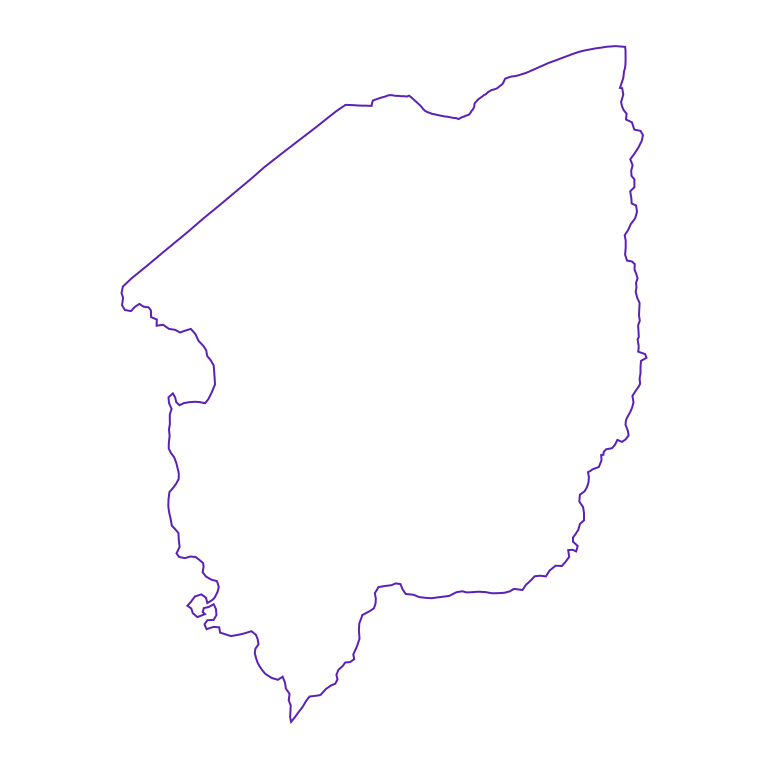 outline of Marakwet East, Rift Valley, Kenya
{"feature_id": "3690345B26983318491135", "entity_name": "Marakwet East", "entity_type": "district", "adm_level": 2, "iso_a3": "KEN", "parent_name": "Kenya", "parent_adm1": "Rift Valley", "projection": "orthographic", "projection_center": [35.578, 1.135], "detail": "fine", "context": "isolated", "style": "outline", "palette": "violet", "viewbox_px": 768, "rotation_deg": 0, "n_neighbors": 0, "source": "geoboundaries", "source_scale": "gbopen_adm2", "svg_char_len": 5738}
<svg xmlns="http://www.w3.org/2000/svg" viewBox="0 0 768 768"><path d="M522.5,590.0L525.8,585.0L528.1,582.9L530.9,580.3L534.6,576.3L540.1,575.7L545.9,576.4L549.6,570.5L555.6,565.7L561.8,566.0L565.1,562.4L569.2,556.9L568.2,550.1L571.7,549.8L573.1,550.0L576.1,551.4L577.7,546.0L573.0,541.7L573.0,537.5L574.4,535.6L575.7,533.9L578.3,529.8L579.9,524.0L584.0,520.3L584.0,513.1L583.1,507.1L579.3,501.6L579.9,494.6L584.5,491.4L586.6,487.8L587.3,486.2L588.2,483.5L588.6,481.3L588.9,477.1L588.0,472.1L590.2,471.1L592.4,469.4L598.8,467.0L601.5,460.4L601.2,454.9L603.4,454.8L603.7,452.0L606.1,449.3L612.0,448.2L614.9,444.9L617.4,439.9L622.0,441.9L625.5,439.5L628.6,435.5L627.9,431.0L625.5,424.6L626.0,420.2L626.8,418.2L627.6,416.7L630.2,412.0L631.3,409.6L632.2,407.3L633.5,402.4L632.4,396.0L636.0,390.3L638.9,386.3L640.1,383.8L639.6,378.5L640.5,373.5L640.5,370.9L640.5,368.9L640.7,364.7L641.0,360.9L646.5,357.8L645.1,354.1L638.3,351.7L638.7,346.2L637.6,339.3L638.8,337.1L638.5,331.2L638.1,325.4L639.8,320.6L639.0,315.5L639.3,308.5L639.6,303.1L637.2,297.6L635.7,291.9L636.5,287.5L636.0,282.9L637.6,278.4L636.3,274.1L634.5,269.4L634.8,264.1L633.7,263.2L632.1,261.5L627.0,260.6L625.1,254.6L625.7,247.6L625.7,240.7L624.7,235.2L628.2,229.9L630.6,224.4L635.2,218.2L637.0,211.8L636.1,205.5L631.7,203.5L631.3,198.0L630.2,191.3L634.4,187.2L634.4,179.4L631.5,175.9L631.2,170.5L632.6,165.3L630.3,159.2L634.5,153.6L638.7,147.0L641.8,140.6L643.0,135.1L640.5,130.9L634.3,129.6L631.9,122.3L626.0,119.5L626.6,113.7L623.7,110.2L622.0,106.3L621.1,102.0L623.3,94.6L622.2,88.2L620.0,87.9L621.8,82.4L623.3,78.0L624.0,71.5L625.0,68.0L625.4,65.0L625.6,59.5L625.5,50.0L625.1,46.9L616.0,46.1L614.0,46.2L611.9,46.4L607.0,46.7L601.4,47.6L596.0,48.3L590.3,49.4L584.9,50.4L579.6,51.7L575.8,52.9L574.1,53.5L572.4,54.1L565.5,56.7L558.7,59.2L557.1,59.9L555.3,60.5L548.5,63.0L541.5,66.1L535.0,69.0L528.4,71.9L526.5,72.7L524.7,73.3L517.5,75.6L513.7,76.3L511.6,76.5L509.8,77.0L507.1,77.9L505.1,78.7L504.5,80.0L503.6,82.0L502.5,84.0L501.0,85.2L499.2,86.5L497.4,88.1L494.9,89.2L492.9,89.7L491.5,90.0L490.0,91.0L488.4,91.8L487.2,93.0L485.8,94.2L483.9,95.1L482.5,96.3L481.3,97.2L479.8,98.2L478.4,99.2L477.0,100.7L475.7,102.2L474.7,103.2L474.4,105.0L474.2,106.8L473.5,108.2L472.7,109.7L471.5,111.0L470.5,112.8L469.2,114.5L467.5,115.2L465.7,115.7L464.1,116.6L462.5,116.9L460.6,117.9L458.6,119.1L456.2,118.1L454.0,118.0L451.7,117.6L449.6,117.1L447.2,116.7L445.1,116.5L443.7,116.3L442.1,115.9L440.5,115.7L438.5,115.2L436.3,114.7L433.6,114.1L431.8,113.8L430.1,113.0L428.2,112.4L426.8,111.8L425.1,110.9L423.3,109.2L421.2,106.5L419.8,105.1L417.1,102.6L415.8,101.4L414.6,100.3L411.8,97.8L409.0,95.6L406.9,96.6L405.2,96.3L403.2,96.2L400.9,96.2L398.4,95.8L396.2,95.9L394.0,95.6L392.1,95.2L390.6,95.2L389.1,95.2L387.0,95.8L385.1,96.6L383.1,97.1L381.6,97.5L379.8,98.1L378.2,98.6L376.8,99.2L375.4,99.6L373.0,100.5L372.2,102.5L371.6,105.9L369.2,105.8L366.7,105.7L360.2,105.6L353.9,105.2L351.8,105.1L349.6,105.0L346.9,104.9L345.5,104.9L337.4,110.4L335.6,111.7L327.7,117.9L315.8,127.4L297.5,141.4L283.2,152.4L264.4,167.1L250.6,179.2L234.2,192.9L220.3,204.6L203.9,218.0L188.6,231.2L177.5,240.4L175.2,242.3L163.9,251.6L148.2,264.8L131.7,278.2L122.9,286.5L121.5,293.0L123.1,297.9L122.0,305.1L124.9,310.0L131.0,311.1L134.7,307.0L139.4,303.9L143.6,306.7L148.5,307.3L150.9,310.4L151.1,317.1L156.8,319.5L156.6,325.7L163.2,324.8L169.0,328.9L175.1,329.8L180.0,332.5L184.4,330.9L190.8,328.9L195.4,334.0L198.5,340.8L203.6,346.2L206.2,350.3L206.5,352.1L207.1,355.9L210.9,360.5L213.7,365.6L214.2,371.9L214.6,377.7L215.0,384.5L211.3,393.3L208.2,399.4L205.1,403.2L199.5,402.1L197.2,401.9L194.8,401.8L189.9,402.1L184.2,403.0L179.5,405.2L176.2,402.1L175.2,397.5L172.9,393.4L168.5,397.3L169.0,403.0L171.6,409.0L169.8,414.3L169.8,419.4L169.9,424.0L169.0,429.3L169.6,435.9L168.8,443.4L168.7,448.4L170.7,452.7L174.3,457.5L176.3,463.0L176.7,464.5L177.4,467.5L178.5,471.8L178.8,474.3L178.7,479.0L176.0,484.0L173.1,487.9L169.4,492.1L168.5,499.4L168.3,506.4L169.1,512.2L170.7,519.2L171.8,525.6L174.9,528.9L178.5,533.1L178.7,539.1L179.6,547.0L176.5,553.4L179.2,557.0L184.9,558.1L190.6,556.5L195.6,557.0L199.0,559.6L203.1,563.1L203.4,564.6L203.5,567.1L202.6,572.2L206.0,576.6L211.3,579.6L217.0,581.2L218.8,586.9L217.5,592.0L214.8,597.3L213.7,598.8L211.4,600.6L207.3,603.0L206.0,597.7L201.4,594.4L195.0,596.4L192.4,599.8L190.9,601.9L187.4,605.7L191.3,608.5L192.8,613.2L197.4,617.1L205.0,614.1L202.7,612.1L203.8,608.1L208.7,607.0L213.7,604.3L216.0,609.2L216.4,615.2L213.5,620.0L207.4,620.2L204.5,624.2L205.3,626.3L206.6,629.1L213.6,626.9L219.2,627.3L220.1,632.6L225.4,634.3L231.0,636.1L238.2,634.8L244.4,633.4L251.4,631.2L255.9,634.8L257.6,639.0L258.5,644.3L255.4,648.7L254.8,652.9L255.9,657.7L257.6,662.7L258.4,664.3L260.4,667.5L262.6,670.6L264.9,673.4L266.3,674.5L271.8,678.0L277.9,679.8L282.6,676.7L285.0,682.6L285.9,688.6L289.6,693.9L288.7,700.3L290.7,705.3L290.5,710.6L290.1,716.8L291.1,721.9L294.5,717.7L298.5,712.2L301.9,707.8L302.7,706.7L304.9,703.0L306.1,701.0L308.4,697.9L309.7,696.5L314.7,695.9L318.6,695.4L320.7,694.8L326.0,688.9L331.3,685.3L335.3,683.7L337.5,679.3L336.4,674.9L338.4,669.8L342.8,665.9L345.2,662.5L350.0,662.1L354.2,659.2L353.3,654.4L355.5,649.6L357.1,646.0L359.5,638.7L358.9,630.2L359.3,623.5L360.7,619.7L361.5,617.7L362.2,615.2L364.5,613.9L367.5,612.3L369.3,611.4L373.9,608.3L375.6,603.3L375.8,598.2L374.8,593.3L378.5,587.1L384.9,586.0L391.5,585.2L395.7,583.4L400.5,584.1L402.7,589.6L405.8,594.0L413.3,594.7L419.3,597.1L426.4,597.9L431.6,598.2L436.7,597.5L443.8,596.6L449.3,595.9L455.6,592.6L457.0,592.1L462.3,591.3L466.7,592.4L471.8,592.2L478.3,591.7L485.4,592.1L492.3,593.3L499.3,593.1L504.7,592.7L509.9,591.3L513.9,588.9L520.3,589.7L522.5,590.0Z" fill="none" stroke="#5b21b6" stroke-width="2"/></svg>